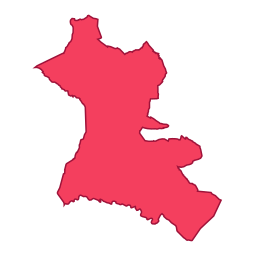 outline of Molcaxac, Puebla, Mexico
{"feature_id": "50627088B79768269468288", "entity_name": "Molcaxac", "entity_type": "district", "adm_level": 2, "iso_a3": "MEX", "parent_name": "Mexico", "parent_adm1": "Puebla", "projection": "mercator", "projection_center": [-97.869, 18.674], "detail": "fine", "context": "isolated", "style": "filled", "palette": "rose", "viewbox_px": 256, "rotation_deg": 0, "n_neighbors": 0, "source": "geoboundaries", "source_scale": "gbopen_adm2", "svg_char_len": 5755}
<svg xmlns="http://www.w3.org/2000/svg" viewBox="0 0 256 256"><path d="M221.1,200.2L219.0,199.3L218.7,198.9L216.3,196.6L215.5,195.7L212.1,194.0L211.0,192.5L197.5,191.2L197.8,190.0L197.4,189.0L195.3,185.2L194.9,185.2L194.3,184.9L193.7,184.3L193.1,184.3L192.3,183.5L191.9,183.4L191.3,183.6L189.9,183.3L189.4,182.9L188.8,182.1L188.6,181.2L188.1,181.0L187.3,179.8L187.3,179.3L186.6,179.1L186.4,178.4L185.6,178.0L184.8,176.8L183.3,175.4L183.4,175.0L182.9,174.7L181.9,173.0L181.1,171.1L180.0,169.9L179.3,169.8L179.3,169.1L179.1,168.8L178.5,168.5L178.0,167.8L178.0,167.4L177.7,166.6L178.8,167.1L179.3,166.9L179.5,167.1L180.1,166.9L180.9,167.3L182.3,167.0L183.8,166.7L186.6,165.1L189.6,164.5L191.3,163.8L192.6,162.7L192.7,161.4L192.9,161.2L194.0,160.7L194.2,160.4L198.3,159.3L200.6,158.2L201.8,156.3L201.9,155.5L200.7,149.7L200.3,148.4L200.0,147.9L199.9,146.3L196.8,144.4L196.5,144.5L195.5,143.3L192.6,141.6L192.6,141.2L191.9,140.8L191.3,140.7L190.6,140.1L188.5,139.3L186.7,137.4L185.9,137.4L185.7,138.9L185.2,139.0L181.7,135.8L181.3,136.1L181.0,136.8L181.0,137.5L180.1,139.8L179.0,139.9L178.8,139.6L177.3,139.0L175.4,138.8L172.4,138.7L169.0,138.9L168.2,141.1L164.5,139.0L162.2,138.9L159.0,139.5L155.7,141.1L154.6,141.2L153.6,140.8L153.4,141.2L148.8,141.3L145.0,140.7L139.6,133.2L139.8,130.8L140.2,130.8L142.5,127.3L144.7,128.0L147.5,128.6L151.3,128.9L155.8,128.8L156.2,129.0L157.8,129.0L158.5,128.6L159.9,128.4L161.3,128.6L163.6,128.3L163.5,127.7L164.3,127.7L166.8,127.3L167.7,126.9L168.4,126.3L168.5,125.5L166.8,124.4L163.6,124.2L161.1,123.5L159.7,123.4L159.4,122.8L155.4,120.2L155.0,119.7L154.2,119.3L153.6,118.6L152.9,118.4L150.8,117.1L150.4,118.0L147.1,116.2L147.9,113.9L147.6,113.7L147.7,113.2L148.4,111.8L148.4,110.6L148.7,109.3L149.5,107.9L149.5,102.1L149.9,101.5L150.5,98.9L156.8,98.7L158.2,98.3L158.1,96.5L158.4,94.1L157.7,92.0L157.9,91.7L157.9,89.5L157.8,85.6L159.5,84.9L162.2,82.2L162.5,81.7L162.2,81.6L162.7,79.6L162.9,79.6L165.1,76.4L165.3,74.8L165.6,73.9L166.3,73.4L166.6,72.9L165.9,71.1L165.4,69.0L163.7,65.8L162.0,60.2L160.3,58.2L159.9,58.9L158.9,58.1L159.4,57.3L158.6,56.4L159.0,55.4L158.0,54.8L158.6,53.6L156.1,52.9L155.9,53.3L155.0,52.3L154.9,52.6L152.9,51.2L153.4,50.3L148.9,45.3L147.9,43.5L146.5,41.7L145.5,42.4L144.6,43.6L144.1,43.7L143.7,44.1L143.3,44.8L143.4,45.4L143.1,45.7L142.9,46.5L142.3,46.9L142.3,47.7L141.2,47.9L140.1,49.2L139.6,49.3L139.2,49.8L138.7,50.0L138.3,49.8L136.8,50.0L135.9,49.8L134.8,50.5L134.1,50.6L133.7,51.1L133.1,51.2L132.6,51.6L132.6,51.8L132.3,51.9L132.2,52.1L131.9,51.9L130.1,51.6L129.2,51.8L126.9,53.3L126.6,53.1L126.1,53.2L124.8,54.4L119.7,49.2L117.9,48.3L117.4,48.3L117.3,48.0L116.4,48.4L115.1,48.6L110.7,46.7L107.8,46.1L107.6,47.0L101.0,42.2L97.7,39.2L100.8,38.2L101.2,37.8L101.4,37.3L97.4,26.3L97.9,19.4L95.9,18.7L93.3,18.3L89.4,15.9L88.8,15.4L87.7,15.7L87.0,17.1L83.4,19.4L82.6,19.4L81.4,19.7L80.0,19.1L79.6,19.5L78.9,19.8L78.4,19.8L78.3,20.2L77.7,20.4L76.0,20.5L74.9,20.3L74.5,18.8L72.1,18.5L71.0,19.6L70.5,20.3L70.3,21.8L70.7,23.9L71.2,24.6L72.1,25.2L73.0,26.9L73.2,28.3L73.1,32.6L72.3,34.5L72.0,38.8L71.7,39.3L71.3,40.5L70.5,41.7L69.4,42.5L69.1,43.2L68.8,43.3L68.7,44.1L68.1,44.7L67.2,46.5L65.7,47.7L65.6,48.8L64.5,51.8L63.9,52.5L63.9,53.1L63.7,53.4L62.7,53.4L37.2,65.7L34.9,67.5L36.1,67.4L37.2,67.5L39.9,68.4L40.3,69.0L41.4,69.5L42.2,70.7L43.2,71.5L43.1,71.8L42.4,72.4L44.3,74.1L44.3,75.2L45.2,76.0L46.9,76.5L49.0,77.7L49.5,79.4L51.8,81.9L53.0,82.2L54.1,82.1L55.0,82.2L55.8,82.9L56.5,83.1L56.8,83.6L57.3,83.7L57.9,84.1L58.7,85.1L59.6,85.4L60.0,85.7L60.3,86.7L61.7,88.1L61.8,88.7L62.1,88.6L63.1,89.3L64.3,89.7L65.0,90.8L65.4,91.0L67.2,90.8L67.8,91.0L68.6,94.8L69.0,95.2L70.9,96.0L72.1,95.4L72.3,95.6L72.6,96.5L73.0,96.9L73.4,95.9L74.0,95.8L74.7,96.0L75.7,96.8L76.4,97.7L79.1,98.1L80.0,98.9L79.8,99.5L80.9,100.8L82.4,103.3L83.1,104.0L83.5,104.0L85.0,106.4L85.3,107.4L86.1,131.2L86.0,132.1L84.5,134.7L83.4,138.8L82.8,139.2L81.1,139.7L80.7,140.2L80.0,143.6L79.3,145.0L79.4,147.8L77.2,152.4L76.6,152.3L75.9,153.6L75.3,155.2L74.9,157.8L73.6,158.8L74.0,158.9L73.0,159.7L66.7,163.6L66.1,164.3L64.7,169.9L64.9,170.0L64.6,173.5L63.5,173.9L59.8,187.7L57.5,192.3L57.5,193.4L57.8,194.0L63.6,202.1L64.2,203.7L64.2,205.0L65.0,203.8L65.8,203.7L66.9,204.1L68.2,204.0L68.7,203.6L70.1,201.7L71.4,200.9L72.2,200.9L73.2,201.7L73.6,201.6L74.1,201.3L74.0,200.6L74.4,199.7L75.0,199.1L76.1,199.2L77.2,199.8L77.9,199.7L78.4,199.2L78.6,198.6L78.9,196.4L79.9,195.4L80.4,195.2L80.8,195.2L83.6,196.6L85.1,196.4L86.5,196.7L87.0,197.1L88.6,199.5L89.5,200.1L91.2,199.9L92.7,198.7L93.8,198.5L98.3,200.3L99.6,201.9L100.5,202.1L100.7,201.9L100.7,201.3L99.9,199.6L100.1,199.3L100.7,199.3L102.4,200.2L103.6,201.3L104.7,201.6L106.9,202.7L109.1,203.1L111.0,204.1L111.6,204.0L112.0,202.2L112.7,201.4L113.6,201.2L114.7,201.3L115.8,201.8L115.9,202.7L116.1,203.1L116.8,203.5L118.9,204.0L120.1,204.6L120.9,204.6L122.0,204.0L122.4,204.0L126.2,206.0L126.8,205.9L128.1,205.1L128.9,205.0L130.1,205.3L130.7,206.3L130.9,207.5L131.1,207.7L131.6,207.8L135.2,206.4L135.5,206.9L135.3,208.0L135.5,208.4L136.8,210.3L137.8,210.2L139.6,209.0L140.2,209.1L140.6,209.6L141.4,211.3L141.5,212.0L141.4,212.8L140.8,214.1L140.6,215.0L140.7,215.4L141.0,215.9L142.5,216.6L146.0,217.5L147.0,218.6L147.0,219.4L147.8,219.7L150.5,218.4L151.3,218.3L151.9,218.4L152.3,218.7L152.5,219.2L152.4,219.8L151.6,221.2L151.3,222.3L151.8,223.4L152.4,223.8L155.1,224.0L155.5,223.4L156.2,223.4L157.2,222.9L158.3,221.7L158.7,221.2L158.7,220.6L158.3,219.4L158.6,218.5L160.4,215.1L162.0,213.7L163.8,215.5L163.9,216.5L166.6,219.0L168.9,220.0L171.4,222.7L175.7,225.6L176.4,227.1L177.0,230.8L177.6,231.6L183.7,237.7L185.0,238.5L186.5,239.9L187.2,240.2L188.0,240.0L188.6,240.0L191.3,240.6L192.2,240.4L200.4,228.5L213.7,216.0L221.1,200.2Z" fill="#f43f5e" stroke="#9f1239" stroke-width="1.5"/></svg>